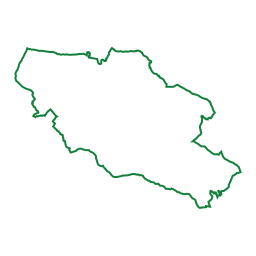 the district of Zimbor, Salaj, Romania
{"feature_id": "2599482B6339690453814", "entity_name": "Zimbor", "entity_type": "district", "adm_level": 2, "iso_a3": "ROU", "parent_name": "Romania", "parent_adm1": "Salaj", "projection": "orthographic", "projection_center": [23.305, 46.975], "detail": "fine", "context": "isolated", "style": "outline", "palette": "green", "viewbox_px": 256, "rotation_deg": 0, "n_neighbors": 0, "source": "geoboundaries", "source_scale": "gbopen_adm2", "svg_char_len": 5756}
<svg xmlns="http://www.w3.org/2000/svg" viewBox="0 0 256 256"><path d="M240.6,172.1L240.3,171.1L239.6,169.6L239.5,168.9L239.0,167.6L238.7,167.0L237.6,166.1L237.2,165.3L234.8,164.0L232.7,162.5L230.6,162.0L226.4,159.6L225.3,159.1L224.6,158.6L223.4,157.2L222.6,155.6L222.3,154.3L221.7,153.2L221.3,151.7L219.7,153.0L219.2,154.5L218.4,154.7L216.9,154.1L216.3,154.3L214.5,154.3L213.5,154.0L210.9,152.2L209.7,151.1L208.2,150.2L206.9,149.0L206.6,148.6L206.4,148.1L204.8,146.5L201.3,146.3L200.3,145.7L198.0,143.8L196.0,142.8L194.1,141.3L192.7,141.3L195.4,139.0L196.1,138.7L198.6,135.8L200.0,135.0L201.2,133.6L201.3,132.9L200.6,130.7L200.5,130.3L200.7,129.8L200.3,129.3L199.8,126.8L199.9,126.2L202.1,121.6L201.9,120.8L202.1,119.1L202.1,118.3L201.4,116.9L201.5,116.2L201.9,115.9L202.4,116.4L203.1,116.4L203.3,116.9L204.8,118.2L205.4,118.4L205.6,119.1L206.0,119.0L207.7,119.5L208.2,118.2L209.4,117.7L209.9,117.6L210.4,118.2L211.1,118.2L211.5,117.2L212.1,116.5L212.4,115.5L213.9,113.8L214.8,112.5L213.5,110.8L212.9,109.5L212.7,108.3L212.3,107.5L212.3,107.2L211.7,106.2L211.4,105.3L210.8,104.6L210.7,103.1L210.2,102.8L209.8,101.5L209.6,101.4L209.5,101.7L208.1,100.3L206.9,99.3L202.7,98.1L201.5,97.6L199.1,96.0L197.0,94.9L192.5,93.8L188.8,90.9L187.2,90.6L186.2,89.8L184.8,89.1L184.2,88.5L183.0,88.1L182.0,87.3L180.6,86.8L179.4,85.8L179.0,85.8L177.3,84.7L173.3,86.8L166.4,86.8L166.6,84.0L166.1,83.7L165.3,82.7L163.3,79.4L160.7,77.9L160.2,77.8L160.0,77.2L159.4,77.0L159.0,75.8L158.4,76.0L158.0,75.5L157.4,75.1L157.0,74.4L156.6,74.1L154.5,73.6L153.6,73.2L151.7,71.1L151.6,70.5L151.0,69.7L150.8,68.8L150.5,68.3L150.5,67.9L149.7,67.7L149.9,67.3L149.8,66.7L149.6,66.1L149.4,66.0L149.2,65.5L149.6,64.2L149.4,64.0L149.4,63.0L149.5,62.8L150.2,62.4L151.1,62.5L151.3,62.1L150.8,61.0L148.9,60.1L147.0,57.2L143.5,55.4L142.4,53.5L141.7,52.7L141.8,52.4L140.6,51.8L140.3,51.3L137.5,50.5L137.1,50.5L136.6,51.0L134.7,51.2L134.3,51.5L132.4,51.2L130.9,51.1L127.6,51.7L126.7,51.4L122.9,51.8L120.7,51.2L119.2,51.5L116.2,51.3L115.1,50.8L114.9,50.4L114.4,49.8L114.1,49.8L113.1,48.8L112.3,48.7L111.9,48.1L111.4,48.6L110.3,50.4L110.1,51.2L109.1,52.1L108.8,53.4L108.8,53.8L109.0,54.2L108.9,54.6L107.7,56.3L107.2,57.8L106.4,58.5L106.4,59.0L106.0,59.2L106.1,60.4L105.9,60.8L105.6,61.0L104.2,61.0L104.1,60.9L104.1,60.4L103.2,59.8L102.6,59.7L102.0,59.9L101.8,59.8L101.4,60.3L101.3,61.0L101.2,63.3L100.8,63.9L99.8,64.0L99.0,63.8L98.3,63.1L97.1,59.0L88.8,57.5L88.9,56.1L89.5,56.2L89.9,53.4L88.7,53.1L88.8,52.3L87.7,52.2L87.6,52.7L87.2,52.6L86.7,55.4L86.0,54.8L83.3,53.7L81.1,54.1L79.3,54.0L75.6,54.6L74.0,54.5L71.0,54.8L69.7,54.7L68.5,54.8L67.0,54.3L66.2,54.5L64.5,54.6L63.5,54.3L60.7,54.7L59.3,54.1L57.8,54.2L56.8,53.8L56.0,53.0L54.5,52.6L53.4,52.0L51.5,51.9L50.6,52.1L41.0,50.7L40.1,50.9L39.0,50.9L37.4,50.3L35.3,50.0L34.1,49.6L31.6,49.6L30.0,49.1L28.8,49.0L27.3,48.3L26.2,51.4L25.5,52.4L23.6,56.4L21.9,59.5L21.4,60.6L21.3,61.2L20.6,61.5L19.0,64.4L18.4,67.5L17.2,70.2L16.4,71.3L15.5,73.2L15.5,73.9L15.9,75.5L15.4,78.2L16.1,80.6L22.4,86.7L25.8,88.6L27.7,89.3L30.0,89.8L31.1,90.5L32.9,92.4L32.9,93.6L32.4,94.2L32.6,95.5L32.9,96.2L34.9,99.1L33.7,100.6L32.4,101.6L32.3,101.8L32.3,102.0L32.9,102.9L32.1,103.6L32.8,105.0L33.3,105.4L33.8,106.9L35.0,107.3L35.2,107.6L36.0,109.7L37.0,110.9L37.5,110.9L37.9,111.3L38.4,112.4L38.2,112.9L37.7,112.9L34.5,114.3L34.2,114.8L33.7,115.2L33.4,115.6L33.4,116.2L35.3,117.1L36.7,116.2L37.8,116.4L38.5,115.9L39.7,115.9L40.9,115.4L41.5,115.5L41.5,115.8L42.1,115.9L43.2,115.4L43.9,115.4L44.4,115.1L44.9,115.7L45.5,115.1L46.3,113.4L48.0,111.3L50.6,109.4L54.7,114.5L56.3,116.2L56.9,116.5L55.6,117.4L55.1,118.5L54.5,119.3L53.0,120.9L52.8,121.6L55.0,123.5L53.2,126.6L53.6,126.8L55.2,128.6L56.7,129.8L57.2,130.4L57.4,131.0L58.6,131.3L58.8,132.0L60.2,133.2L60.1,133.9L60.4,134.2L61.6,134.5L61.8,134.9L62.6,135.0L62.8,135.5L62.9,136.8L63.3,138.2L63.2,138.9L63.7,139.7L63.5,140.6L64.2,141.2L65.1,141.3L65.3,142.8L65.3,143.7L65.5,144.0L65.8,145.5L66.4,146.7L66.8,147.2L69.8,148.4L69.3,149.4L69.3,149.9L69.9,150.6L70.2,151.8L71.0,152.6L74.5,151.3L75.8,151.1L77.0,149.8L78.8,148.8L79.5,148.7L81.2,148.7L83.2,149.5L85.5,150.1L88.4,150.1L89.2,150.3L89.6,151.2L93.2,152.9L95.0,154.7L95.4,155.5L95.9,155.8L96.0,158.2L96.9,160.6L97.2,161.9L97.8,163.8L98.5,164.9L100.3,165.9L101.3,166.2L102.9,165.7L103.4,166.4L103.7,167.3L106.0,169.6L107.1,171.1L109.4,172.4L111.4,175.0L113.0,176.6L114.0,176.9L116.3,177.1L121.3,176.1L121.8,175.8L123.3,175.5L124.7,175.6L125.7,175.3L127.8,175.3L132.6,174.0L135.2,174.1L136.5,174.7L137.8,174.4L139.6,175.3L141.1,175.1L142.9,175.7L143.2,176.6L145.5,179.2L146.5,179.4L148.3,180.8L149.6,180.9L150.7,182.0L153.6,182.3L154.5,182.9L154.8,183.5L155.1,183.7L156.0,184.0L158.3,183.7L159.9,185.6L162.2,185.8L163.5,186.2L164.2,186.7L165.9,188.8L166.9,188.8L168.0,189.1L169.2,189.0L170.1,189.4L171.0,189.1L171.6,188.5L173.1,189.1L175.7,190.7L176.6,191.3L177.4,192.2L179.0,192.1L179.9,192.9L180.8,193.3L184.1,194.2L188.0,193.8L189.3,194.2L191.2,196.6L191.8,197.7L192.3,198.2L194.3,199.2L195.5,200.3L195.9,202.2L196.9,204.7L198.6,207.1L199.5,207.8L200.3,207.9L201.3,207.4L202.4,207.6L203.0,207.4L206.0,207.2L206.0,206.1L210.1,206.7L208.4,202.1L209.7,200.8L211.4,199.4L212.4,197.1L212.1,196.2L210.5,194.2L210.2,193.2L210.5,191.0L210.8,190.8L211.7,191.0L212.2,192.0L213.0,192.4L213.4,193.0L213.8,192.4L214.2,192.2L214.7,192.7L214.1,193.1L215.3,193.7L215.2,192.8L215.8,192.5L216.3,193.3L217.4,197.1L218.4,195.3L219.5,195.2L220.3,195.6L220.8,194.8L218.6,192.0L218.4,190.9L218.7,190.9L219.6,191.5L220.6,192.9L221.2,193.2L221.0,192.0L221.9,190.9L223.7,191.0L228.1,187.7L228.8,186.9L228.7,186.7L228.7,185.1L230.0,182.4L230.0,182.1L230.3,181.8L232.7,175.7L234.5,175.1L235.3,174.3L235.9,174.2L236.6,173.0L238.5,172.9L240.6,172.1Z" fill="none" stroke="#15803d" stroke-width="2"/></svg>